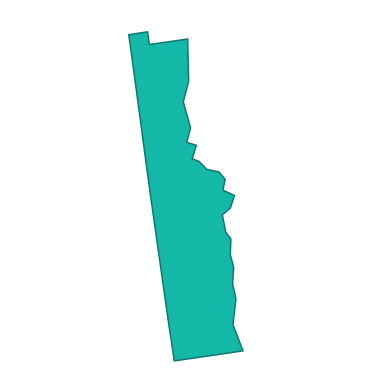 the district of Vermillion, Indiana, United States of America, rotated 352°
{"feature_id": "52423323B79800706132785", "entity_name": "Vermillion", "entity_type": "district", "adm_level": 2, "iso_a3": "USA", "parent_name": "United States of America", "parent_adm1": "Indiana", "projection": "equal_earth", "projection_center": [-87.462, 39.878], "detail": "fine", "context": "isolated", "style": "filled", "palette": "teal", "viewbox_px": 384, "rotation_deg": 352, "n_neighbors": 0, "source": "geoboundaries", "source_scale": "gbopen_adm2", "svg_char_len": 727}
<svg xmlns="http://www.w3.org/2000/svg" viewBox="0 0 384 384"><g transform="rotate(352 192 192)"><path d="M220.4,356.4L214.1,329.0L220.7,303.7L219.4,288.9L222.8,272.1L221.2,259.5L224.0,243.8L219.8,236.3L218.9,218.9L227.8,213.1L233.6,201.4L222.9,194.5L226.6,184.1L221.5,175.9L209.9,171.7L203.3,162.7L196.8,159.2L202.8,146.4L193.7,142.1L199.5,128.3L195.9,101.5L204.1,81.8L209.0,39.9L170.3,40.0L170.3,27.2L151.3,27.4L151.3,27.5L151.2,29.7L151.3,36.6L150.9,110.4L150.9,110.5L150.9,117.4L150.9,118.8L150.8,125.1L150.7,131.0L150.7,132.7L150.7,135.1L150.4,188.6L150.5,232.6L150.5,236.9L150.5,241.5L150.5,250.4L150.6,321.7L150.7,333.1L150.8,333.1L150.9,356.8L220.4,356.4Z" fill="#14b8a6" stroke="#0f766e" stroke-width="1.5"/></g></svg>